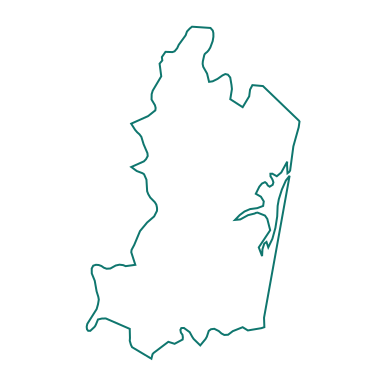 an SVG outline of Aveiro, rotated 178°
{"feature_id": "PRT-739", "entity_name": "Aveiro", "entity_type": "District", "adm_level": 1, "iso_a3": "PRT", "parent_name": "Portugal", "parent_adm1": "", "projection": "orthographic", "projection_center": [-8.444, 40.685], "detail": "fine", "context": "isolated", "style": "outline", "palette": "teal", "viewbox_px": 384, "rotation_deg": 178, "n_neighbors": 0, "source": "natural_earth", "source_scale": "10m", "svg_char_len": 2548}
<svg xmlns="http://www.w3.org/2000/svg" viewBox="0 0 384 384"><g transform="rotate(178 192 192)"><path d="M82.1,258.7L83.1,253.0L89.1,234.1L93.2,210.0L94.1,208.7L95.9,207.4L96.1,216.2L95.8,219.0L102.1,208.4L106.7,204.8L111.1,207.5L113.0,207.5L113.0,204.9L112.3,203.8L111.1,201.5L110.3,198.8L111.1,196.4L114.2,194.6L116.0,195.9L117.2,198.1L118.7,199.3L121.8,198.0L124.5,195.0L128.3,188.0L123.3,184.9L120.6,180.1L121.4,175.6L127.3,173.6L134.5,172.9L140.2,170.7L145.1,167.3L150.0,162.6L144.7,162.9L136.8,166.9L130.1,168.3L128.9,168.9L127.2,169.1L119.9,165.9L117.7,162.5L115.2,151.1L127.2,134.3L124.2,125.5L123.6,132.3L121.6,137.9L119.3,139.5L117.7,134.0L113.3,142.4L109.9,153.2L107.7,164.6L106.9,175.1L105.5,181.7L102.1,191.3L97.8,200.2L93.9,204.8L124.4,63.8L124.4,54.4L127.4,53.5L141.0,51.7L146.1,55.1L156.1,51.5L160.9,48.1L164.7,48.0L167.5,49.6L170.1,52.1L174.5,54.5L177.8,54.2L180.1,52.6L182.2,46.9L183.6,44.6L189.1,38.4L195.5,45.1L196.9,47.4L199.2,52.0L204.8,56.4L207.4,56.4L208.4,54.6L208.0,51.9L206.5,49.6L206.2,47.1L206.5,44.9L214.7,40.9L220.9,43.1L236.0,32.5L237.1,31.3L238.4,26.8L257.3,39.0L258.4,41.5L259.4,45.5L259.1,48.3L259.0,57.4L282.5,68.6L286.3,68.7L290.4,67.9L292.6,63.0L293.4,61.5L294.3,60.4L298.5,56.8L300.6,56.9L301.7,58.4L301.9,60.1L301.9,61.2L301.8,61.7L301.2,63.9L291.4,78.3L289.9,82.9L288.9,87.7L289.3,90.5L290.8,96.0L292.3,106.7L295.0,114.1L294.9,119.0L293.3,121.8L290.6,122.6L287.8,122.3L285.1,121.2L282.7,119.4L280.0,118.3L276.3,118.4L270.8,121.2L267.0,121.9L263.3,121.3L260.9,120.2L251.2,121.2L254.8,133.9L254.4,136.3L251.6,141.1L245.3,154.8L237.9,163.1L230.7,168.9L227.7,174.3L227.5,176.1L227.6,178.0L228.1,180.6L229.5,183.1L233.9,187.9L235.8,191.4L236.8,194.3L237.1,205.9L239.3,211.4L240.8,212.5L246.5,214.9L251.8,219.1L239.0,224.3L236.8,226.4L235.0,229.5L235.2,232.4L238.7,241.4L240.7,248.9L242.5,251.5L244.7,253.6L246.7,256.1L250.4,262.4L233.2,269.4L225.8,274.9L225.4,277.3L226.0,280.0L229.2,285.8L228.9,291.2L227.7,294.7L218.7,308.7L219.9,321.4L217.1,324.5L217.4,327.9L213.6,333.0L206.7,332.5L204.5,333.2L201.8,336.2L200.1,339.6L192.9,348.8L191.4,352.6L188.5,355.5L186.2,357.2L167.8,355.3L165.6,352.6L165.1,350.1L165.2,346.3L166.1,342.0L168.7,335.7L170.4,333.1L172.0,331.4L173.0,330.7L174.4,329.5L175.0,328.3L176.6,322.2L176.9,319.6L176.4,316.7L172.8,309.8L171.1,301.5L167.5,301.9L162.6,304.1L157.4,307.5L154.6,308.7L152.0,308.0L149.8,305.1L148.8,297.6L148.5,293.5L150.5,283.4L138.4,275.0L131.5,285.6L130.4,292.3L127.9,296.7L117.4,295.4L82.7,259.6L82.1,258.7Z" fill="none" stroke="#0f766e" stroke-width="2"/></g></svg>